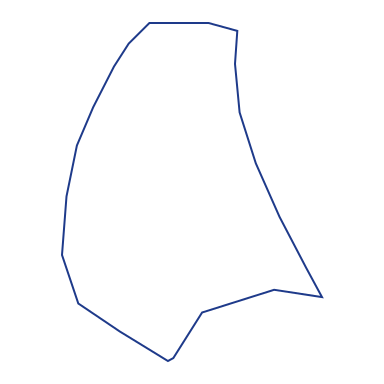 SVG path tracing the border of Middlesbrough
{"feature_id": "GBR-2031", "entity_name": "Middlesbrough", "entity_type": "Unitary Authority", "adm_level": 1, "iso_a3": "GBR", "parent_name": "United Kingdom", "parent_adm1": "", "projection": "orthographic", "projection_center": [-1.245, 54.532], "detail": "fine", "context": "isolated", "style": "outline", "palette": "blue", "viewbox_px": 384, "rotation_deg": 0, "n_neighbors": 0, "source": "natural_earth", "source_scale": "10m", "svg_char_len": 390}
<svg xmlns="http://www.w3.org/2000/svg" viewBox="0 0 384 384"><path d="M208.5,23.0L237.3,30.9L235.0,63.9L239.6,112.4L255.8,163.3L279.5,216.8L306.2,267.9L322.0,297.1L274.1,289.8L202.1,312.5L173.3,358.1L167.9,361.0L119.8,331.5L78.3,303.5L62.0,255.0L66.5,196.4L76.9,145.5L93.2,107.2L114.0,66.5L128.7,43.6L149.4,23.0L173.0,23.0L208.5,23.0Z" fill="none" stroke="#1e3a8a" stroke-width="2"/></svg>